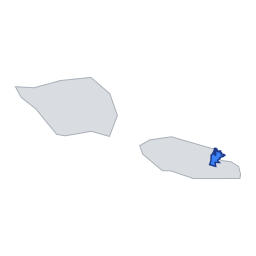 Anoamaa East, Atua, Samoa (highlighted)
{"feature_id": "51752279B65855420318415", "entity_name": "Anoamaa East", "entity_type": "district", "adm_level": 2, "iso_a3": "WSM", "parent_name": "Samoa", "parent_adm1": "Atua", "projection": "albers", "projection_center": [-171.579, -13.925], "detail": "fine", "context": "in_parent", "style": "filled", "palette": "blue", "viewbox_px": 256, "rotation_deg": 0, "n_neighbors": 0, "source": "geoboundaries", "source_scale": "gbopen_adm2", "svg_char_len": 2554}
<svg xmlns="http://www.w3.org/2000/svg" viewBox="0 0 256 256"><path d="M90.8,77.4L109.8,93.7L117.4,115.5L109.4,136.4L91.4,131.3L65.4,135.8L56.7,134.4L35.8,108.9L21.2,97.4L15.4,86.7L33.8,87.8L60.7,80.5L90.8,77.4ZM239.9,178.5L193.5,178.6L170.6,170.8L162.4,170.7L142.7,154.2L139.7,145.6L150.0,139.8L171.5,136.8L214.5,149.3L221.0,160.5L230.9,161.7L238.6,166.5L240.6,174.3L239.9,178.5Z" fill="#d9dde1" stroke="#a8b0b8" stroke-width="1"/><path d="M215.7,166.4L215.1,162.4L216.6,162.4L218.2,162.5L219.1,162.5L219.4,162.5L219.1,162.2L218.8,162.0L218.5,161.7L218.3,161.5L218.1,161.3L217.9,160.9L217.7,160.6L217.8,160.4L217.9,160.1L218.0,159.9L218.4,159.6L219.7,158.7L219.6,157.8L220.4,157.7L220.7,157.2L221.0,157.0L221.3,156.9L221.5,156.9L222.5,156.8L223.1,156.5L223.8,156.0L224.3,155.5L224.2,155.4L224.3,155.3L224.4,155.2L224.5,155.0L224.4,154.9L224.5,154.9L224.4,154.8L224.2,154.8L224.1,154.7L223.9,154.5L223.8,154.4L223.7,154.4L223.6,154.5L223.4,154.6L223.2,154.5L223.1,154.8L223.0,155.0L222.9,155.0L222.7,155.0L222.4,155.0L222.2,155.0L221.9,155.0L221.8,154.9L221.7,154.9L221.5,154.7L221.4,154.7L221.3,154.4L221.3,154.2L221.4,153.9L221.4,153.7L221.5,153.6L221.7,153.4L221.8,153.2L221.7,153.1L221.4,153.2L221.4,153.3L221.1,153.4L220.9,153.3L220.8,153.2L220.9,152.9L220.9,152.6L220.9,152.4L220.9,152.2L220.7,152.2L220.4,152.2L220.2,152.1L220.1,151.8L220.2,151.6L220.2,151.4L220.2,151.1L220.3,150.9L220.2,150.9L219.9,150.9L219.8,151.1L219.7,151.2L219.7,151.4L219.4,151.5L219.2,151.5L219.1,151.4L218.9,151.3L218.8,151.5L218.6,151.6L218.4,151.6L218.2,151.7L217.8,151.5L217.7,151.5L217.6,151.4L217.4,151.4L217.4,151.5L217.2,151.7L217.3,151.4L217.5,151.2L217.4,151.0L217.4,150.9L217.4,150.5L217.5,150.4L217.3,150.1L217.0,149.5L216.8,149.3L216.8,149.2L216.6,149.2L216.4,149.4L216.3,149.5L216.3,149.9L216.3,150.1L216.3,150.4L216.2,150.6L216.0,150.9L215.8,151.4L215.7,151.8L215.6,152.1L215.6,152.8L215.7,155.1L215.2,155.2L214.8,155.1L214.7,155.0L214.7,154.9L214.4,154.8L214.3,154.6L214.3,152.8L214.4,152.0L214.5,151.6L214.6,151.4L214.8,151.2L215.0,150.8L215.1,150.5L215.3,150.0L215.5,149.5L215.7,149.2L215.8,148.9L215.9,148.7L215.9,148.4L215.7,148.4L215.4,148.3L215.2,148.3L215.0,148.5L214.8,148.5L214.7,148.5L214.4,148.5L214.3,148.8L214.4,149.1L214.4,149.8L214.4,150.1L214.3,150.4L214.2,150.7L214.1,151.0L213.9,151.2L213.7,151.4L213.6,151.6L213.4,152.1L212.3,154.1L212.0,154.7L211.6,155.1L211.3,155.0L211.2,155.3L211.2,155.5L211.1,155.9L211.2,156.2L211.0,158.9L211.0,160.5L209.6,164.6L214.3,166.0L215.7,166.4Z" fill="#3b82f6" stroke="#1e3a8a" stroke-width="1.5"/></svg>